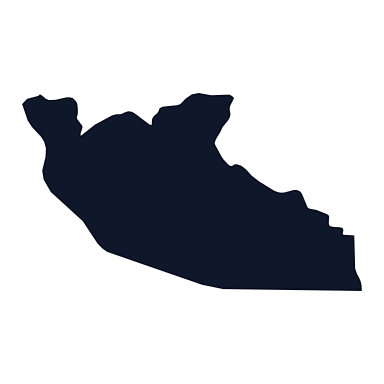 Shiselweni, Mercator projection
{"feature_id": "SWZ-537", "entity_name": "Shiselweni", "entity_type": "District", "adm_level": 1, "iso_a3": "SWZ", "parent_name": "eSwatini", "parent_adm1": "", "projection": "mercator", "projection_center": [31.425, -27.036], "detail": "fine", "context": "isolated", "style": "filled", "palette": "ink", "viewbox_px": 384, "rotation_deg": 0, "n_neighbors": 0, "source": "natural_earth", "source_scale": "10m", "svg_char_len": 1885}
<svg xmlns="http://www.w3.org/2000/svg" viewBox="0 0 384 384"><path d="M135.2,260.8L107.8,251.3L103.1,248.1L98.3,243.3L83.4,220.7L51.4,191.5L44.4,179.4L43.0,170.6L46.3,156.9L46.7,148.2L44.8,141.2L41.5,136.1L32.6,126.6L28.4,120.2L23.0,104.3L27.5,99.5L37.9,96.8L39.3,96.1L39.7,95.4L40.4,95.4L41.8,96.3L45.2,99.3L48.8,100.9L55.9,100.5L66.8,98.1L69.6,98.1L72.5,98.8L75.2,101.6L76.2,103.2L76.7,105.2L77.1,110.2L77.1,113.2L76.6,115.6L76.0,117.2L76.2,118.6L77.1,120.3L81.5,126.0L81.7,127.4L81.4,128.7L80.2,132.0L79.9,133.9L79.7,135.6L80.2,136.5L81.6,136.2L95.5,125.2L112.2,116.2L116.3,115.0L119.8,115.0L122.5,114.4L125.3,113.0L128.3,112.0L131.9,112.6L135.1,114.6L149.3,125.3L151.4,125.8L152.4,125.5L152.7,120.7L152.9,119.2L153.7,117.6L154.9,116.1L157.8,113.8L158.9,112.2L159.6,110.7L159.9,109.3L161.0,108.3L163.1,107.4L177.7,105.9L180.6,104.8L183.2,102.3L185.1,100.2L187.2,98.4L192.2,95.1L198.6,93.8L211.2,96.0L229.2,95.4L231.4,96.5L233.1,98.1L232.1,100.4L229.6,105.2L229.0,107.6L229.0,110.3L229.7,114.4L229.0,117.2L227.5,119.9L221.9,126.8L219.8,131.4L215.9,137.8L214.8,140.1L213.8,143.1L214.7,145.6L221.1,157.4L222.8,159.8L226.9,164.3L229.1,166.2L230.9,166.9L232.7,166.5L234.5,165.3L236.1,164.9L238.3,165.6L240.2,166.1L242.7,167.7L245.7,170.2L251.2,176.3L258.9,182.2L272.9,190.9L275.8,192.2L278.6,193.1L281.7,193.5L284.7,193.2L293.8,190.8L296.4,190.7L299.3,191.8L301.2,194.0L306.9,207.8L308.6,209.2L311.1,209.8L314.0,210.2L317.0,211.0L326.9,215.0L328.0,215.8L328.4,216.9L328.0,223.0L328.2,224.5L329.0,226.4L331.0,227.2L333.6,227.7L339.0,228.0L341.6,228.4L342.4,229.3L342.5,230.8L342.1,232.6L342.0,234.6L343.0,235.3L344.3,235.6L353.3,236.1L353.5,236.2L353.7,242.8L354.4,268.8L356.2,274.0L358.3,277.8L359.9,281.5L360.8,285.5L361.0,290.2L333.0,289.8L303.0,289.4L257.6,288.8L223.1,288.3L202.2,284.0L170.1,272.9L146.2,264.6L135.2,260.8Z" fill="#0f172a" stroke="#020617" stroke-width="1.5"/></svg>